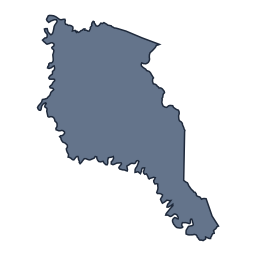 outline of Cândido de Abreu, Paraná, Brazil
{"feature_id": "56859067B28607618566167", "entity_name": "Cândido de Abreu", "entity_type": "district", "adm_level": 2, "iso_a3": "BRA", "parent_name": "Brazil", "parent_adm1": "Paraná", "projection": "robinson", "projection_center": [-51.26, -24.682], "detail": "fine", "context": "isolated", "style": "filled", "palette": "slate", "viewbox_px": 256, "rotation_deg": 0, "n_neighbors": 0, "source": "geoboundaries", "source_scale": "gbopen_adm2", "svg_char_len": 5719}
<svg xmlns="http://www.w3.org/2000/svg" viewBox="0 0 256 256"><path d="M44.4,29.0L44.8,31.1L45.4,32.2L47.2,34.4L47.2,36.0L47.0,37.1L46.2,37.8L44.8,38.0L42.5,40.1L43.9,41.7L45.0,42.5L45.7,43.3L47.0,44.2L49.7,43.4L50.8,42.8L52.5,42.8L54.1,44.2L53.9,45.8L51.8,47.4L52.1,48.6L53.3,49.4L53.9,50.6L53.5,52.7L52.8,54.8L53.2,58.7L53.2,60.7L52.5,62.2L51.3,63.0L50.0,62.9L48.8,63.9L48.7,65.6L47.9,66.4L47.5,67.9L49.0,68.5L51.4,67.7L53.0,66.3L54.1,65.9L54.5,67.2L54.6,68.9L53.9,70.2L52.5,71.4L52.5,73.1L52.2,74.4L50.6,75.3L49.6,76.3L48.7,77.9L49.5,79.1L51.3,79.2L53.4,79.1L54.5,79.4L54.7,80.7L53.2,82.2L52.5,83.4L51.8,84.8L50.6,85.6L49.7,86.7L50.2,87.9L51.8,88.1L53.0,88.4L53.7,89.7L50.9,92.3L50.2,94.4L49.6,95.6L48.8,96.3L48.0,97.1L47.1,98.3L44.7,99.1L42.4,99.5L41.6,102.0L40.9,103.0L38.5,105.7L37.5,107.5L38.1,109.0L39.2,110.2L40.5,110.3L41.1,109.3L41.3,108.0L41.7,106.1L42.7,104.6L43.9,103.4L45.7,102.8L46.2,103.7L45.2,104.8L44.7,106.8L46.8,108.3L47.0,109.6L46.7,111.1L47.9,116.5L49.0,117.1L50.7,116.6L52.4,116.8L53.7,117.7L54.5,119.1L55.0,121.2L56.4,122.4L57.0,123.5L57.1,125.1L57.0,126.7L55.9,128.3L56.1,129.8L57.4,130.2L58.4,130.7L60.1,130.8L61.5,130.4L62.9,130.6L63.7,131.2L64.5,131.9L64.6,133.2L63.6,134.5L62.3,135.6L60.7,135.7L59.6,136.6L60.9,138.0L61.1,139.4L61.6,140.4L62.7,142.0L65.2,143.1L67.3,145.1L67.4,147.2L66.3,148.8L66.6,150.4L67.3,152.3L68.5,154.3L68.4,155.8L68.1,157.1L69.2,157.3L70.9,158.2L71.7,159.0L72.6,159.7L73.8,159.9L75.9,157.2L76.9,156.5L77.9,156.5L78.3,157.6L78.6,159.8L79.4,161.1L79.2,162.4L80.1,163.7L81.6,162.2L82.3,161.1L84.3,158.7L86.1,158.7L87.2,159.3L89.2,159.9L90.3,159.8L94.2,158.1L95.2,156.5L96.7,156.9L96.9,158.5L97.5,159.9L98.7,161.5L100.5,161.9L103.1,161.3L104.2,163.2L105.9,164.7L107.1,164.8L107.6,163.8L107.8,162.6L107.7,160.1L108.4,157.7L111.2,157.2L113.3,156.5L113.6,158.2L113.1,159.5L112.4,160.7L111.3,161.7L111.2,163.9L112.7,164.6L113.7,164.5L116.7,163.1L121.0,162.8L121.5,163.9L120.8,164.9L119.3,166.7L118.8,167.8L119.8,169.1L122.8,169.9L124.4,169.9L125.9,170.6L127.2,171.0L127.5,169.8L126.8,166.1L129.2,164.7L130.2,163.9L131.2,163.4L132.3,163.3L133.4,163.5L134.5,163.5L135.4,163.0L135.9,162.0L136.6,160.9L137.9,160.6L138.8,161.4L138.0,163.9L136.9,166.5L135.6,168.3L135.1,169.6L135.0,172.4L136.2,172.2L137.1,171.8L138.1,171.8L140.4,173.7L141.4,171.3L141.6,169.8L142.1,168.3L143.0,167.9L144.6,167.9L144.0,170.4L143.4,171.7L143.8,173.3L144.8,174.3L146.5,173.9L148.1,176.8L148.3,178.0L149.2,179.0L150.0,178.4L153.6,177.3L155.3,177.7L154.5,179.5L153.7,180.5L153.8,182.0L155.0,184.0L156.6,183.7L157.8,184.1L157.7,185.2L158.0,187.9L157.8,189.4L156.7,192.5L157.4,193.5L160.4,193.6L162.5,194.8L162.4,195.9L161.8,197.1L161.1,198.1L160.5,199.3L161.6,201.8L162.4,203.2L164.0,202.4L165.6,201.3L166.8,200.2L168.2,200.4L169.2,200.7L170.9,200.5L169.3,202.7L167.9,204.0L167.4,205.1L166.9,207.0L168.0,207.2L171.0,205.6L172.8,204.2L172.9,205.7L170.2,208.6L166.2,213.6L165.7,215.1L167.9,215.1L170.2,216.5L171.6,216.1L174.3,214.0L175.8,214.2L177.0,215.0L178.2,217.3L178.2,218.8L177.0,218.7L176.2,217.9L174.6,217.5L173.2,218.8L172.5,220.1L172.6,221.8L173.7,224.3L174.4,225.0L175.2,226.2L176.1,227.0L177.0,227.6L179.7,228.0L180.7,228.0L182.0,227.7L182.8,227.0L181.7,225.4L181.9,223.9L182.4,222.6L184.0,222.7L185.4,222.6L187.4,223.0L188.5,223.4L189.5,223.6L190.4,222.8L190.3,220.8L190.6,219.3L191.7,219.1L192.3,220.5L192.6,222.2L193.1,223.5L193.3,224.7L192.3,225.6L188.5,226.4L186.2,230.2L186.0,232.2L186.1,234.0L187.8,234.7L189.0,234.9L192.8,234.8L194.2,234.4L196.0,234.8L196.8,235.6L197.3,237.1L198.3,238.1L198.8,239.1L199.8,240.1L201.6,240.1L203.1,240.6L205.6,239.0L205.6,237.0L209.2,238.5L210.6,238.5L210.8,237.2L211.6,236.0L212.1,234.6L212.7,233.7L214.2,233.3L214.0,231.8L213.5,230.8L214.3,229.8L215.9,228.6L216.9,226.8L218.5,226.1L212.1,216.1L206.1,198.7L204.1,198.5L202.9,198.6L201.5,199.2L200.7,198.0L199.8,197.0L197.5,196.3L196.5,195.5L196.2,193.9L195.1,192.3L193.8,192.0L192.9,190.7L191.8,189.8L190.9,188.8L189.8,187.2L188.7,185.7L188.1,184.1L187.4,182.8L185.8,182.0L184.7,181.2L183.7,180.4L184.6,131.7L184.9,130.3L184.2,129.3L183.7,127.5L182.5,124.8L182.3,123.3L181.2,121.9L179.6,120.9L178.9,119.5L178.7,117.5L178.6,115.7L179.2,113.7L179.1,111.8L178.4,110.2L176.5,109.5L175.0,108.5L173.5,107.4L172.7,105.7L170.1,105.4L168.6,105.8L167.5,106.8L166.5,107.4L164.8,107.0L163.1,106.0L162.3,104.1L161.8,102.3L162.2,99.8L162.0,98.3L162.7,97.4L163.0,95.1L163.3,94.0L164.5,92.7L164.2,91.3L163.3,90.1L162.2,88.8L161.3,88.2L160.4,87.9L159.0,88.0L158.5,87.0L157.4,86.4L156.7,85.3L155.7,84.5L154.7,84.1L153.3,83.8L152.5,81.3L152.7,78.8L153.5,77.9L151.8,75.2L150.6,73.0L149.3,71.5L146.6,70.5L145.7,69.2L143.3,67.6L141.5,66.0L141.2,64.2L141.8,62.9L143.4,63.6L145.8,63.8L147.5,63.0L148.4,62.2L149.2,60.8L149.5,59.7L149.5,58.4L149.3,57.3L149.4,54.8L150.1,52.7L152.8,50.2L155.0,47.8L155.7,46.8L156.4,45.3L158.0,45.0L159.5,44.4L141.9,37.8L126.0,31.1L117.7,28.6L115.8,28.1L114.3,28.0L113.2,27.2L111.9,26.7L111.2,25.8L107.7,25.1L106.7,24.2L105.4,23.5L103.9,22.6L102.3,23.6L100.9,23.1L99.2,25.3L97.7,26.2L96.0,25.8L95.4,24.4L94.3,23.0L94.2,21.8L93.2,21.3L92.1,22.7L91.6,24.4L91.8,25.6L90.3,27.4L90.4,28.6L89.1,31.1L87.9,31.1L86.6,30.3L84.7,30.1L84.9,28.9L83.5,29.0L82.3,30.2L80.9,30.7L79.6,31.9L78.3,32.4L77.0,31.3L76.6,32.4L75.7,31.6L75.4,30.5L73.7,30.6L72.4,31.0L72.7,29.4L73.0,28.2L72.8,26.9L71.5,25.9L69.8,25.3L68.3,25.4L66.9,24.4L65.6,24.3L64.9,22.2L65.3,20.6L64.9,19.3L63.3,19.3L61.6,19.7L59.8,19.6L55.9,16.8L53.7,15.8L51.6,15.5L49.5,15.4L48.3,15.8L46.5,19.3L47.0,20.7L48.7,22.4L49.8,21.8L50.9,21.0L54.4,19.7L56.5,19.8L57.1,21.2L56.7,22.4L54.7,25.3L54.1,26.7L53.7,29.2L53.1,31.9L52.4,33.7L50.9,34.8L49.5,33.6L48.0,31.8L47.2,28.6L45.5,28.6L44.4,29.0Z" fill="#64748b" stroke="#1e293b" stroke-width="1.5"/></svg>